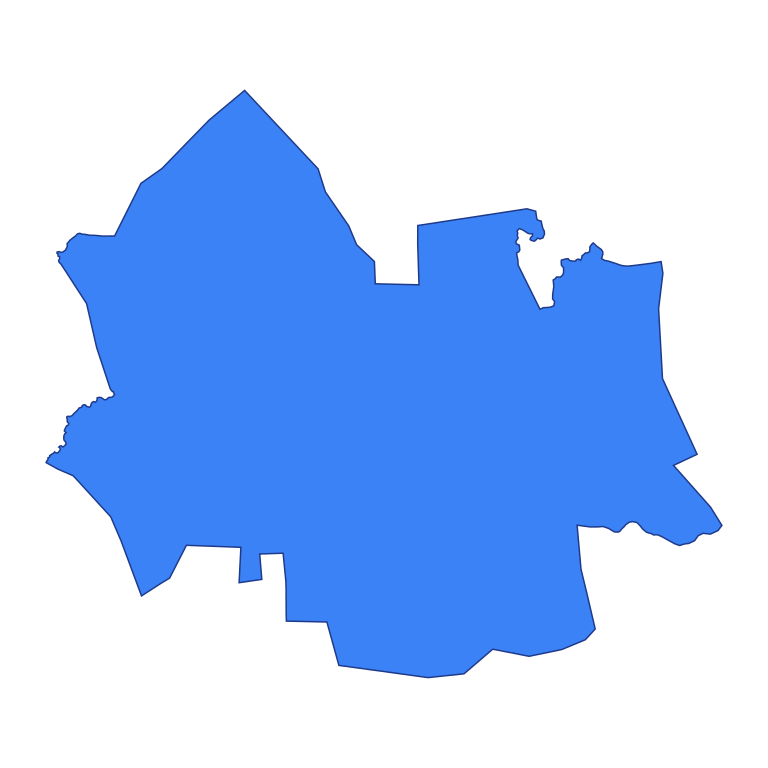 Birnin Kebbi, Kebbi, Nigeria
{"feature_id": "59680162B77130024076735", "entity_name": "Birnin Kebbi", "entity_type": "district", "adm_level": 2, "iso_a3": "NGA", "parent_name": "Nigeria", "parent_adm1": "Kebbi", "projection": "natural_earth1", "projection_center": [4.241, 12.49], "detail": "fine", "context": "isolated", "style": "filled", "palette": "blue", "viewbox_px": 768, "rotation_deg": 0, "n_neighbors": 0, "source": "geoboundaries", "source_scale": "gbopen_adm2", "svg_char_len": 3596}
<svg xmlns="http://www.w3.org/2000/svg" viewBox="0 0 768 768"><path d="M703.1,533.3L710.4,534.1L718.0,530.6L721.9,525.4L710.5,507.1L673.5,465.4L697.1,454.3L662.5,378.6L658.6,308.8L659.9,298.0L662.9,273.3L661.1,261.6L650.5,263.4L635.6,265.3L628.3,266.1L624.1,265.9L620.5,265.2L616.1,263.6L608.3,261.1L604.3,260.3L601.6,258.5L602.5,255.3L602.9,254.2L602.7,251.6L601.2,249.4L596.9,246.3L593.2,242.9L591.6,244.4L589.9,246.8L589.9,249.1L589.5,251.6L587.3,253.0L585.4,252.9L584.0,254.3L582.0,255.8L581.7,258.1L581.1,259.3L580.4,260.4L579.5,259.5L578.0,259.1L576.2,259.9L575.6,261.2L572.1,261.0L569.6,260.5L568.1,258.7L566.4,258.8L563.5,259.5L561.4,260.1L561.2,261.8L561.4,265.2L563.5,267.8L563.6,270.4L563.6,272.4L562.7,275.0L560.3,277.2L558.4,276.9L556.4,277.1L555.3,278.7L553.2,280.0L553.8,286.5L552.7,294.3L552.6,298.9L554.6,301.6L553.8,305.7L550.7,307.1L547.2,307.5L543.2,307.7L540.0,309.3L518.1,265.1L517.9,260.0L516.9,255.3L516.6,252.9L518.8,251.8L519.8,250.0L519.3,245.2L516.4,243.7L515.7,241.9L518.1,238.0L517.2,235.3L517.8,233.3L517.0,231.1L519.2,228.6L522.2,229.6L525.2,231.5L527.9,233.3L530.1,233.8L532.5,233.8L532.5,235.9L530.5,237.7L530.1,239.6L531.8,240.6L534.4,241.2L535.8,240.1L537.6,238.2L540.1,239.0L542.9,237.9L544.5,234.1L544.2,230.9L542.9,228.6L541.9,224.7L541.2,221.1L537.9,220.2L536.8,218.8L536.1,214.2L535.7,211.2L526.9,208.8L417.8,225.5L417.7,243.8L419.0,284.8L375.3,283.8L374.4,261.5L356.6,244.7L348.8,226.0L325.4,191.9L318.1,168.9L244.6,90.4L209.3,119.9L188.0,141.7L162.0,168.5L141.0,183.3L114.6,236.0L102.5,236.1L95.6,235.4L89.5,235.2L84.2,234.2L82.6,234.3L79.8,233.3L77.6,233.8L75.4,236.1L73.6,237.3L69.9,240.3L67.1,243.7L67.3,246.6L65.3,250.3L62.8,252.0L61.3,252.4L58.9,251.6L57.1,252.0L57.0,253.4L58.0,253.9L58.1,256.2L59.5,256.7L59.7,258.8L58.6,260.5L59.0,262.1L61.1,264.3L63.0,267.2L86.6,303.6L96.7,347.7L110.3,388.9L110.7,389.5L110.9,389.7L112.3,391.5L113.4,391.6L113.6,392.8L114.5,394.3L113.7,395.6L112.5,396.9L111.0,397.4L109.5,397.3L108.2,397.8L107.1,399.0L105.6,399.8L104.4,399.7L103.0,398.8L101.3,397.6L99.1,397.3L97.1,397.9L97.1,399.3L97.0,400.6L95.4,402.2L93.5,401.6L92.0,402.5L91.2,403.8L90.8,405.4L90.3,406.7L89.1,407.2L87.8,406.7L86.5,406.4L85.8,405.3L85.0,404.8L83.6,404.8L82.3,405.5L81.9,406.9L80.8,407.5L79.1,408.0L77.7,410.0L74.4,413.1L71.9,415.8L69.4,416.6L68.0,416.2L66.7,417.0L67.0,418.6L67.3,420.0L67.2,421.7L68.1,422.7L68.8,423.7L68.0,425.3L66.7,425.8L66.0,426.9L64.9,429.2L64.3,430.9L65.2,431.7L66.1,432.6L64.7,433.9L63.9,435.8L63.8,437.3L63.8,439.1L64.3,440.6L65.5,441.7L66.2,443.8L64.7,445.7L62.8,447.0L62.1,446.6L61.3,445.8L59.8,446.1L58.8,447.1L59.7,447.7L60.0,448.5L60.3,450.0L58.5,452.1L57.4,453.1L56.6,452.9L55.1,452.6L54.7,451.9L54.2,452.5L53.1,453.5L52.1,453.9L51.2,454.7L50.6,454.9L49.7,455.5L49.7,457.0L48.0,457.8L47.9,459.8L47.0,460.7L46.1,462.6L58.0,469.2L73.3,475.8L110.8,516.9L121.2,541.2L141.5,595.9L159.9,584.0L169.6,578.1L186.4,545.3L240.9,547.3L239.1,582.7L261.8,579.4L259.7,554.0L283.1,553.2L285.4,576.4L285.9,581.8L286.1,589.9L286.1,597.4L286.2,614.3L286.4,621.1L326.9,622.0L338.9,665.4L428.1,677.6L464.0,673.8L492.7,649.2L529.1,656.3L561.8,649.5L585.4,639.7L595.2,629.0L587.2,594.8L581.0,569.2L577.1,525.2L583.0,526.0L589.9,526.9L597.9,526.9L603.0,526.5L608.6,528.4L614.3,531.9L618.0,532.1L619.8,531.4L621.6,529.1L624.2,526.6L625.9,524.5L629.4,522.2L632.6,521.6L637.1,522.6L640.4,526.1L642.8,529.2L646.5,532.2L649.2,533.1L651.5,533.7L653.5,534.9L657.7,534.8L661.9,536.7L669.1,540.7L674.8,543.8L679.6,545.5L684.3,544.0L688.9,543.4L694.6,540.7L698.2,535.7L703.1,533.3Z" fill="#3b82f6" stroke="#1e3a8a" stroke-width="1.5"/></svg>